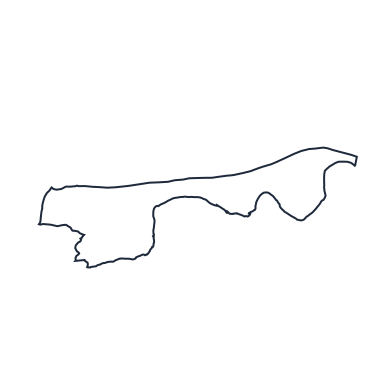 outline of Imbaba, Al Jizah, Egypt, rotated 125°
{"feature_id": "37247803B76869719120733", "entity_name": "Imbaba", "entity_type": "district", "adm_level": 2, "iso_a3": "EGY", "parent_name": "Egypt", "parent_adm1": "Al Jizah", "projection": "natural_earth1", "projection_center": [30.99, 30.22], "detail": "fine", "context": "isolated", "style": "outline", "palette": "slate", "viewbox_px": 384, "rotation_deg": 125, "n_neighbors": 0, "source": "geoboundaries", "source_scale": "gbopen_adm2", "svg_char_len": 5939}
<svg xmlns="http://www.w3.org/2000/svg" viewBox="0 0 384 384"><g transform="rotate(125 192 192)"><path d="M313.6,234.5L313.5,234.0L313.2,233.8L313.0,233.6L312.8,232.9L312.5,232.4L312.3,232.2L312.0,232.0L311.4,231.8L309.5,229.8L308.0,228.1L307.1,227.8L306.2,227.4L305.7,227.1L305.3,226.8L304.9,226.4L304.4,225.8L303.6,225.5L302.9,225.1L301.6,224.4L300.8,223.5L300.0,222.6L299.1,221.9L297.9,221.1L297.0,220.2L296.0,219.0L295.2,218.0L294.7,217.1L294.2,216.6L293.9,216.3L293.5,216.1L292.4,215.8L291.4,215.2L289.7,214.1L289.1,213.7L288.4,213.4L288.3,213.0L288.1,212.8L287.9,212.6L287.6,212.5L286.3,210.7L285.5,209.4L285.1,208.7L284.7,208.0L283.5,206.4L283.0,205.6L282.6,204.9L282.2,204.1L281.9,203.1L281.6,202.6L281.2,201.9L280.7,201.3L280.3,201.0L279.8,200.7L279.4,200.4L278.9,200.2L278.6,200.1L278.3,200.3L278.0,200.3L277.6,200.3L276.0,199.4L274.3,198.1L272.0,196.8L271.4,196.3L270.9,195.7L270.8,195.1L270.8,194.3L270.6,194.2L270.4,193.9L270.1,193.6L269.8,193.5L269.4,193.6L269.1,193.4L268.8,193.1L268.7,192.8L267.9,192.7L267.3,192.6L266.6,192.7L266.0,192.8L265.5,192.6L265.0,192.6L264.6,192.7L264.1,192.9L263.5,193.0L262.8,193.1L262.0,192.9L261.5,192.8L260.9,192.9L260.3,193.1L260.1,193.2L259.7,193.0L259.5,192.8L259.4,192.6L258.6,192.7L258.0,192.9L257.3,193.2L256.9,193.5L256.5,193.8L255.5,194.0L254.8,194.3L254.2,194.7L253.8,195.0L252.8,196.0L251.8,196.9L250.9,197.5L249.9,198.1L250.7,198.3L250.7,198.5L250.0,198.6L249.5,198.7L249.1,198.9L248.6,199.2L247.3,200.4L245.4,201.8L243.9,202.4L242.7,203.0L241.5,203.7L240.2,204.4L238.8,205.1L237.9,205.7L236.7,206.4L236.4,206.7L235.9,207.4L235.4,208.0L234.9,208.7L234.4,209.5L233.1,210.5L231.5,211.6L229.9,212.6L228.2,213.3L227.2,213.6L226.4,213.6L225.7,213.6L224.9,213.4L224.1,213.1L223.7,212.8L223.3,212.4L223.0,212.0L222.8,211.4L221.5,211.0L220.2,210.5L219.1,209.9L217.7,208.9L216.2,208.1L214.8,207.4L213.3,206.8L207.8,203.7L206.8,202.7L205.9,201.9L204.9,200.7L203.1,199.0L202.1,197.7L201.0,196.3L200.4,195.8L199.9,195.2L199.5,194.5L199.1,193.6L198.4,192.5L197.9,191.5L196.7,190.2L195.9,189.0L195.4,188.0L192.9,184.3L192.3,183.2L191.7,181.9L191.6,181.3L191.4,180.8L191.3,180.1L191.2,179.5L191.0,178.2L190.8,177.6L190.4,176.8L190.4,176.4L190.4,175.6L190.4,174.8L190.6,174.1L190.6,173.4L190.7,172.9L190.8,172.2L190.8,171.6L190.7,171.1L190.8,170.4L190.7,169.8L190.5,168.5L190.4,167.9L190.2,167.5L190.0,166.3L189.6,165.1L189.1,163.9L188.6,163.0L188.6,164.5L188.4,164.5L188.3,161.5L188.2,161.2L188.1,159.6L188.1,158.5L188.1,157.3L188.0,155.9L188.0,155.5L188.1,155.0L188.1,154.4L188.2,154.0L188.4,153.7L188.6,153.1L188.8,152.5L189.1,151.7L188.8,151.4L188.6,150.9L188.5,150.5L188.5,150.0L188.4,150.3L188.3,150.6L188.1,150.8L188.1,151.7L188.1,152.7L187.9,152.7L187.7,152.6L187.7,152.3L187.8,152.1L187.8,151.5L187.8,150.5L188.1,150.3L188.1,149.2L188.1,148.3L187.2,147.0L186.6,146.0L186.3,146.0L186.1,145.8L186.0,145.6L185.9,145.4L185.1,144.7L184.7,144.4L184.4,143.8L184.2,143.2L183.8,143.2L183.7,143.1L183.5,141.8L183.2,140.7L182.9,139.6L182.6,138.7L182.1,136.2L181.9,134.9L181.3,134.5L180.8,133.9L180.4,133.2L180.2,132.4L179.5,132.0L178.6,131.7L177.6,131.6L176.5,131.7L176.3,131.8L176.0,132.1L175.7,132.2L175.5,132.4L176.0,132.5L176.3,132.7L176.6,132.9L176.9,133.2L176.7,133.3L174.8,132.4L173.9,131.8L173.2,131.4L171.9,130.8L171.5,130.8L171.1,130.7L170.7,130.3L170.5,130.2L170.3,130.2L169.5,130.4L168.8,130.7L168.1,131.2L167.4,131.8L163.1,133.6L161.4,133.9L159.7,134.1L158.0,134.2L156.3,134.2L155.1,134.1L154.0,133.8L152.8,133.4L151.5,132.9L150.7,132.1L150.1,131.4L149.6,130.7L149.2,129.9L148.9,129.3L148.9,129.0L148.7,127.7L148.8,126.4L148.9,125.4L148.8,124.9L148.8,124.4L148.8,123.9L148.9,123.2L149.6,120.7L150.4,118.4L150.3,118.1L150.2,117.8L150.2,117.5L150.3,117.2L150.5,116.8L150.8,116.5L151.1,115.8L151.5,114.6L151.9,113.1L152.5,112.7L153.1,112.1L153.6,111.4L154.0,110.5L154.5,108.3L154.8,105.8L155.0,105.3L155.1,104.6L155.0,103.7L154.9,103.0L154.7,96.1L154.5,95.0L154.4,94.2L154.4,93.5L154.3,92.8L154.2,92.1L154.2,91.1L154.4,90.2L153.6,88.3L152.7,86.3L152.0,85.6L151.2,85.0L150.6,84.7L150.0,84.4L148.0,84.2L146.2,83.9L145.2,83.4L144.4,83.1L143.5,82.9L142.5,82.6L141.5,82.2L140.6,81.9L139.8,81.6L138.6,81.4L134.7,80.9L133.0,80.8L131.2,80.7L129.4,80.5L127.8,80.5L126.8,80.6L125.6,80.7L125.1,80.7L124.6,80.6L124.1,80.4L123.7,80.2L123.1,79.8L121.7,79.8L120.1,80.0L118.5,80.4L117.6,81.3L116.8,82.2L116.0,83.1L115.0,84.3L114.2,84.9L113.5,85.5L112.3,86.6L111.3,87.1L110.5,87.6L110.0,88.0L109.3,88.6L108.5,89.1L106.9,90.3L106.1,90.9L103.6,92.6L101.3,94.0L98.5,95.3L96.5,95.0L92.3,94.0L86.0,91.2L83.2,89.4L79.8,84.7L79.0,83.4L78.0,81.8L77.0,78.8L76.9,78.0L76.9,76.7L76.9,75.8L77.0,74.9L77.1,73.7L76.4,73.7L68.6,77.2L70.2,82.8L76.6,100.1L78.5,106.2L80.3,109.9L86.2,116.5L89.6,120.7L95.7,126.0L102.1,130.2L111.3,135.5L118.5,139.7L123.8,143.0L130.4,148.3L134.6,151.4L141.5,156.1L144.1,158.4L147.3,161.2L154.3,167.7L157.3,171.1L157.9,172.0L163.8,178.4L168.8,183.7L173.6,190.4L176.7,194.6L182.3,202.1L186.8,206.3L192.4,213.0L197.4,217.5L202.7,224.2L208.8,232.2L213.2,236.8L223.4,247.5L229.0,253.9L232.2,257.6L237.1,263.9L240.6,269.8L244.8,276.5L248.6,283.2L252.1,288.0L252.8,289.9L253.9,290.6L257.4,294.7L259.9,298.4L264.4,300.7L267.9,304.4L269.0,307.3L268.8,309.6L272.5,309.6L276.0,310.3L280.2,310.0L283.0,309.2L286.9,307.8L289.3,306.7L291.4,305.2L294.3,304.1L299.9,301.1L303.0,299.3L304.1,298.9L306.2,298.9L305.8,297.6L303.7,295.7L299.9,289.2L297.2,282.6L293.5,279.2L291.4,276.8L291.1,275.9L291.1,273.3L290.8,272.2L291.1,270.3L291.8,269.2L292.2,267.7L291.1,265.9L290.1,263.6L289.7,262.5L290.1,260.3L289.8,258.8L289.4,257.0L289.0,255.8L291.5,256.2L292.6,255.9L294.2,256.7L294.7,255.5L296.4,255.1L298.9,256.3L302.4,256.6L304.9,255.5L305.9,253.7L306.6,252.2L306.6,250.7L306.8,249.5L307.0,249.2L308.4,249.2L310.5,250.0L312.9,249.6L314.4,248.1L315.4,248.1L309.5,241.2L309.8,241.1L309.8,237.0L310.9,235.9L312.3,235.2L313.1,235.0L313.0,234.9L313.6,234.5Z" fill="none" stroke="#1e293b" stroke-width="2"/></g></svg>